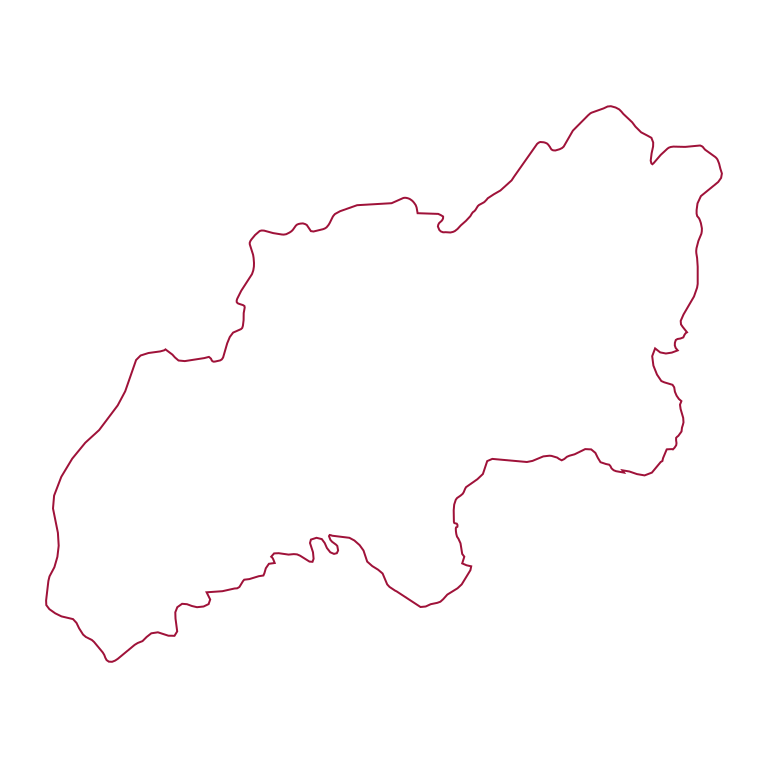 the Region of Khatlon
{"feature_id": "TJK-367", "entity_name": "Khatlon", "entity_type": "Region", "adm_level": 1, "iso_a3": "TJK", "parent_name": "Tajikistan", "parent_adm1": "", "projection": "robinson", "projection_center": [69.268, 37.83], "detail": "fine", "context": "isolated", "style": "outline", "palette": "rose", "viewbox_px": 768, "rotation_deg": 0, "n_neighbors": 0, "source": "natural_earth", "source_scale": "10m", "svg_char_len": 5394}
<svg xmlns="http://www.w3.org/2000/svg" viewBox="0 0 768 768"><path d="M48.4,580.9L49.5,576.4L54.4,567.2L57.4,556.8L58.7,545.7L57.9,532.8L53.0,508.5L54.1,495.6L61.3,476.8L72.2,458.7L85.3,442.7L99.1,430.1L117.7,405.4L125.2,391.3L136.1,360.0L140.6,355.5L148.5,353.0L160.3,351.4L164.2,350.3L165.5,349.4L165.6,349.5L172.4,354.6L174.9,357.4L178.5,360.5L184.8,361.1L204.2,358.1L208.9,356.9L209.9,357.7L211.0,358.7L211.6,360.1L212.4,361.2L213.8,361.7L215.3,361.5L220.2,360.4L221.8,359.4L223.1,357.5L227.2,343.3L229.8,337.0L233.1,332.6L241.0,329.1L242.2,328.0L242.9,325.8L243.6,320.1L243.7,313.1L244.7,307.5L244.4,306.0L243.0,305.1L239.2,303.9L237.6,303.2L236.7,302.0L236.7,300.4L237.2,298.8L241.2,290.8L252.0,274.1L252.7,272.1L253.3,270.3L253.9,266.6L254.0,263.0L253.6,258.0L253.1,254.8L249.8,244.4L249.7,242.9L250.3,241.2L251.3,239.6L255.1,235.0L259.7,231.0L261.6,230.5L264.0,230.6L273.2,233.1L281.9,234.5L283.8,234.6L286.2,234.2L289.6,232.5L291.5,231.2L292.9,229.8L295.8,225.7L296.9,224.7L298.5,224.0L300.4,223.6L302.9,223.4L305.2,224.1L306.8,225.0L310.9,231.1L313.5,231.5L323.0,229.2L324.8,228.5L326.5,227.4L328.5,225.0L329.7,223.0L332.9,216.5L333.9,215.2L335.0,214.0L340.1,211.2L357.1,205.2L391.6,203.2L403.3,198.0L404.3,197.8L405.8,197.8L407.7,198.2L409.6,198.9L411.7,200.3L413.0,201.5L414.1,202.8L415.7,205.1L416.3,206.7L416.6,207.5L417.6,213.2L438.2,213.9L440.6,215.0L443.1,216.5L443.1,218.1L442.6,219.5L441.7,220.8L439.2,223.0L438.3,224.6L437.9,226.5L439.3,229.9L440.8,231.4L443.1,232.3L445.8,232.2L450.4,232.5L453.0,231.9L454.8,231.1L457.5,229.0L460.8,225.4L465.9,220.9L470.3,216.2L471.9,213.5L472.9,212.2L474.3,211.2L475.4,210.0L477.8,206.1L479.0,205.0L483.8,202.4L484.7,201.7L486.8,199.5L487.7,198.3L493.8,194.3L500.4,190.5L511.6,180.4L514.1,176.6L537.1,143.9L538.6,142.7L540.2,142.0L543.8,142.3L545.5,142.8L547.0,143.5L548.1,144.5L549.9,146.9L550.6,148.2L551.5,149.5L553.0,150.3L555.3,150.5L559.7,149.2L562.1,148.0L563.7,146.6L572.9,130.6L588.1,115.3L590.4,113.3L591.8,112.6L603.6,108.4L607.6,106.5L610.9,106.2L615.6,107.5L619.2,109.4L621.4,111.6L623.3,113.9L632.2,122.3L635.4,126.6L641.1,132.3L647.6,135.7L651.4,137.8L653.2,142.5L653.1,146.4L651.6,153.4L650.7,160.7L651.4,163.4L652.4,164.2L653.6,163.2L660.7,154.9L667.5,148.6L668.8,147.7L670.7,147.0L673.4,146.6L685.2,146.9L700.1,145.5L701.8,146.2L703.0,147.1L703.7,148.1L705.1,149.7L715.4,157.1L716.5,158.2L717.4,159.4L718.0,160.8L719.1,163.6L720.4,168.8L721.9,173.5L721.1,177.9L718.2,182.0L700.9,196.1L697.5,203.4L696.6,210.1L696.6,213.7L697.2,216.1L699.1,218.4L700.0,220.5L700.9,223.2L701.9,228.4L701.8,231.3L701.4,233.7L698.4,240.9L696.5,248.2L696.2,250.9L696.3,253.1L697.1,258.0L697.7,266.8L697.7,283.9L697.1,287.6L694.0,296.5L683.5,314.5L680.7,320.9L681.0,324.4L682.7,326.9L687.0,332.3L685.8,333.0L684.6,334.6L683.3,337.4L680.5,338.5L677.5,339.0L675.8,340.0L674.9,342.8L674.8,345.4L675.7,348.0L677.7,350.4L671.8,352.6L665.9,353.5L660.2,352.4L655.1,348.4L652.2,356.2L653.4,365.6L657.0,374.6L661.3,381.0L664.2,382.3L672.5,384.8L674.2,387.3L674.9,391.7L676.6,395.7L678.9,399.0L681.4,401.1L680.0,404.7L680.6,409.0L683.2,417.9L683.5,422.4L682.8,425.1L682.0,427.6L681.5,431.5L678.3,435.9L677.1,436.8L676.1,437.9L676.1,440.3L676.5,443.1L676.2,445.2L674.7,447.5L674.2,448.1L672.9,449.4L672.1,449.1L667.2,449.3L666.7,449.4L663.0,458.3L662.4,461.0L660.7,462.0L651.9,472.6L644.6,475.4L637.0,474.1L629.4,471.5L622.4,470.3L624.0,472.6L616.1,471.2L613.8,470.3L612.9,469.6L611.5,468.3L610.5,466.2L609.2,464.7L605.9,464.0L600.5,462.2L597.8,457.8L595.4,452.9L591.2,449.4L585.2,449.1L574.6,454.3L569.5,455.7L566.9,456.8L564.3,459.0L561.7,460.3L559.0,458.9L557.2,457.6L551.5,455.9L549.5,455.7L543.3,456.4L532.5,460.9L526.9,462.0L492.3,458.9L487.2,461.1L482.9,474.0L477.4,479.2L466.1,487.1L465.2,488.6L463.7,492.2L462.7,493.8L460.7,495.5L457.1,498.0L455.8,499.7L454.2,504.6L453.7,510.3L453.9,522.0L454.4,523.1L456.8,523.7L457.5,525.0L457.4,526.7L456.8,527.2L456.1,527.4L455.8,528.3L455.9,531.1L456.3,534.0L457.0,536.6L458.4,538.7L460.5,543.3L462.2,553.9L464.3,556.7L462.2,563.4L466.6,565.3L471.2,566.3L470.4,570.2L461.7,584.4L457.5,588.3L447.3,594.6L443.2,599.2L440.4,601.7L437.4,602.8L436.5,603.0L430.7,604.2L425.7,606.5L420.5,607.0L396.5,591.3L395.2,590.7L389.5,586.9L387.2,584.4L382.6,573.5L378.1,569.7L372.3,566.1L367.2,561.6L363.5,550.5L359.6,545.1L354.4,540.5L349.4,537.8L332.1,535.7L331.2,535.3L329.7,535.0L329.0,536.1L330.3,539.7L332.0,541.7L336.1,544.7L337.3,546.0L338.1,550.5L336.8,553.2L334.0,553.9L330.3,552.3L326.9,548.0L324.7,543.0L321.8,539.1L316.5,537.8L310.9,539.6L310.0,543.0L313.0,552.3L313.6,558.8L312.5,561.8L309.5,561.6L300.1,555.7L297.1,554.4L293.8,554.1L288.6,554.6L278.7,553.2L274.1,553.4L271.2,556.7L272.5,557.9L273.2,559.2L274.7,563.0L268.9,563.8L265.8,568.3L264.4,573.2L263.4,575.5L258.8,576.2L249.3,579.1L244.2,579.7L243.0,581.1L239.4,587.0L237.2,588.3L234.5,588.5L222.4,591.2L206.6,592.3L210.2,599.5L208.6,604.1L203.6,606.5L197.0,607.2L191.9,606.0L187.0,604.2L182.1,603.8L177.3,607.2L175.3,612.3L175.5,618.5L177.2,631.4L174.5,635.8L168.4,635.7L157.9,632.3L151.3,633.3L146.6,637.0L142.5,641.1L137.7,643.0L134.6,644.9L117.7,658.9L115.1,660.6L112.1,661.8L110.0,661.7L108.9,661.7L106.6,660.1L105.3,657.7L104.3,655.0L102.8,652.5L94.1,642.0L91.9,640.0L85.9,637.0L83.1,634.6L79.1,628.3L76.5,622.9L73.0,619.1L61.5,616.4L55.2,613.3L49.4,609.2L46.3,605.1L46.1,600.5L48.4,580.9Z" fill="none" stroke="#9f1239" stroke-width="2"/></svg>